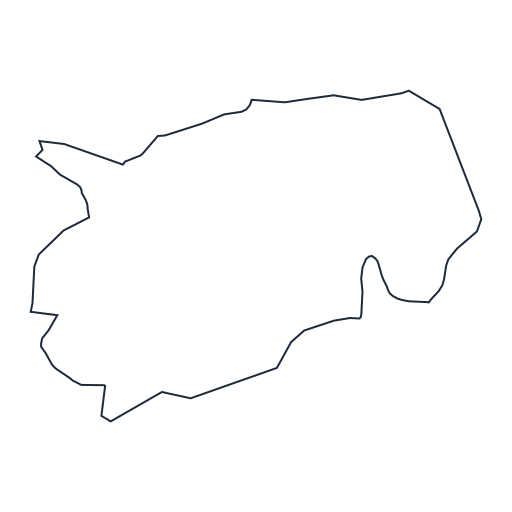 an SVG outline of Tashigang
{"feature_id": "BTN-2493", "entity_name": "Tashigang", "entity_type": "District", "adm_level": 1, "iso_a3": "BTN", "parent_name": "Bhutan", "parent_adm1": "", "projection": "albers", "projection_center": [91.704, 27.241], "detail": "fine", "context": "isolated", "style": "outline", "palette": "slate", "viewbox_px": 512, "rotation_deg": 0, "n_neighbors": 0, "source": "natural_earth", "source_scale": "10m", "svg_char_len": 1276}
<svg xmlns="http://www.w3.org/2000/svg" viewBox="0 0 512 512"><path d="M251.6,99.8L284.9,102.3L308.1,98.8L333.7,95.3L361.6,99.9L401.4,93.3L408.8,90.7L439.6,109.0L478.8,210.7L481.3,219.2L476.9,231.5L457.1,248.5L448.4,259.2L446.1,265.7L444.1,279.2L442.3,285.4L438.7,291.1L430.5,300.0L428.8,302.4L428.7,302.4L427.1,302.1L409.2,301.3L403.4,300.3L397.6,298.7L392.5,295.8L389.6,293.1L388.0,290.0L387.0,286.9L383.4,279.7L381.8,275.6L378.5,264.1L377.2,260.7L375.0,258.1L372.0,256.0L368.8,256.6L365.9,259.3L362.5,267.6L361.2,278.5L362.5,291.7L361.3,314.6L360.7,317.3L359.2,318.5L350.0,318.0L333.7,320.7L304.2,330.5L291.1,342.1L276.9,367.9L190.6,398.3L161.9,392.0L110.8,421.3L110.4,421.3L101.4,415.8L105.1,386.0L104.2,385.2L81.3,384.9L72.8,380.6L70.0,378.2L56.5,369.1L54.4,367.3L51.8,364.3L45.8,353.4L41.1,346.7L41.1,343.4L42.2,338.3L48.6,330.3L57.3,315.2L30.7,311.8L32.5,303.1L34.3,266.6L38.8,254.5L63.7,230.4L89.1,217.4L87.6,208.5L87.5,205.9L87.0,203.4L85.7,200.0L81.8,193.0L81.5,190.1L80.1,187.1L77.0,184.4L60.1,174.7L51.1,166.2L36.1,156.5L42.5,149.9L39.5,141.1L64.1,144.0L122.9,164.6L125.0,161.6L140.5,155.5L143.2,153.0L157.8,136.0L164.9,135.5L202.2,123.6L224.1,114.4L241.4,111.8L246.3,109.5L249.8,105.1L251.4,101.1L251.6,99.8Z" fill="none" stroke="#1e293b" stroke-width="2"/></svg>